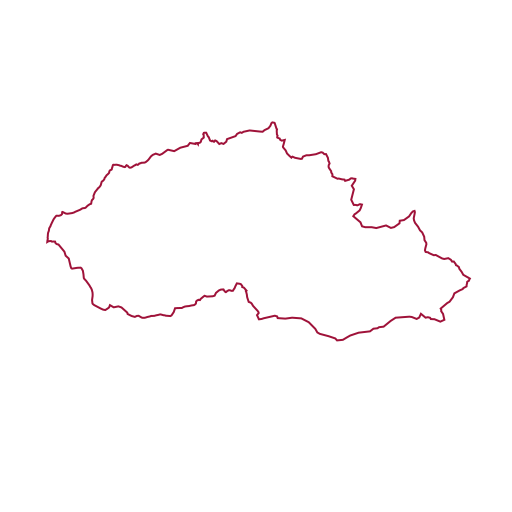 Almasu Mare, Alba, Romania (Equal Earth projection), rotated 149°
{"feature_id": "2599482B35416338198834", "entity_name": "Almasu Mare", "entity_type": "district", "adm_level": 2, "iso_a3": "ROU", "parent_name": "Romania", "parent_adm1": "Alba", "projection": "equal_earth", "projection_center": [23.16, 46.088], "detail": "fine", "context": "isolated", "style": "outline", "palette": "rose", "viewbox_px": 512, "rotation_deg": 149, "n_neighbors": 0, "source": "geoboundaries", "source_scale": "gbopen_adm2", "svg_char_len": 6138}
<svg xmlns="http://www.w3.org/2000/svg" viewBox="0 0 512 512"><g transform="rotate(149 256 256)"><path d="M168.1,131.2L155.8,125.0L153.9,123.5L150.7,119.3L147.8,119.2L144.4,121.5L142.4,115.8L140.2,115.0L138.6,113.4L138.6,111.9L135.6,109.9L131.8,104.8L127.4,104.3L125.5,110.0L125.7,113.3L124.9,114.5L124.8,115.8L116.2,117.2L113.7,117.1L108.5,119.2L105.2,121.8L99.0,121.6L95.9,121.2L94.8,121.7L91.2,121.5L90.2,122.9L89.1,123.9L88.4,125.0L87.6,125.2L86.3,125.1L85.2,126.0L84.3,126.5L88.0,133.1L87.9,136.5L88.3,140.3L87.8,142.0L88.7,144.4L89.3,145.1L89.0,146.4L89.3,149.4L90.8,150.2L90.9,152.4L92.3,155.1L96.2,156.5L97.7,158.0L101.4,164.3L103.2,165.1L106.2,169.4L106.5,170.4L108.5,172.1L108.3,173.8L106.8,175.5L103.9,178.3L103.3,179.6L103.4,182.8L101.9,185.9L101.4,190.6L102.2,193.5L102.0,197.6L102.6,202.5L102.2,205.1L101.4,207.1L98.3,210.5L97.2,211.8L96.9,213.0L98.6,213.4L100.8,212.8L104.4,211.1L110.7,210.6L114.6,212.2L116.2,210.1L122.7,209.6L125.9,210.6L128.8,215.2L138.5,218.0L142.0,221.1L147.5,224.4L149.8,226.8L149.1,231.1L152.1,240.0L150.0,241.0L148.5,241.0L143.7,241.7L141.4,243.2L138.7,245.5L140.2,246.9L142.1,247.1L143.2,247.3L144.0,248.3L145.9,249.4L145.4,255.2L137.7,262.8L137.7,266.9L132.2,269.5L131.1,270.9L133.1,272.5L133.7,273.2L134.9,273.7L136.7,273.4L140.9,274.5L140.8,275.9L142.8,277.4L145.2,279.8L146.3,280.2L149.5,285.0L149.1,285.5L148.4,286.8L148.5,288.8L147.9,290.0L148.1,293.7L147.9,295.0L146.9,296.4L145.3,297.4L144.9,299.4L145.0,300.2L143.8,303.1L143.5,307.3L145.0,308.1L145.6,310.3L146.7,311.4L152.2,312.4L158.4,314.9L161.0,316.4L164.5,317.0L166.6,315.7L167.7,316.2L172.0,320.1L173.6,322.4L174.2,322.4L175.0,322.1L175.8,324.7L176.6,327.9L176.2,331.2L176.8,335.2L176.6,335.9L174.4,337.9L171.6,340.7L174.5,341.6L175.4,343.1L175.2,344.5L176.7,346.4L176.7,346.9L175.5,348.1L175.5,349.3L173.8,352.6L172.7,353.8L172.9,354.4L171.5,360.4L171.7,360.8L173.2,362.1L174.4,361.9L176.6,360.2L179.5,359.1L183.9,359.5L186.3,359.1L188.2,360.4L196.8,366.9L202.7,368.9L204.8,368.9L205.9,370.2L209.3,370.4L211.8,369.3L220.6,371.1L222.6,369.3L226.1,368.8L227.6,370.6L229.8,370.9L230.6,374.8L231.5,376.1L233.1,375.5L233.5,375.9L233.8,377.1L234.8,377.1L235.3,377.8L235.9,378.7L235.3,382.3L235.6,383.2L235.2,387.3L236.4,388.1L237.3,388.4L238.5,387.6L238.4,386.9L239.8,384.4L242.7,384.0L244.5,382.3L245.9,382.0L247.5,382.7L248.2,381.7L248.4,383.2L249.7,383.8L250.2,383.2L254.4,386.9L257.1,385.9L257.7,385.6L265.1,387.8L272.1,388.0L276.7,392.4L277.6,392.5L283.8,391.9L286.5,392.2L289.2,395.4L290.2,395.5L291.9,395.8L292.7,395.8L294.7,395.5L298.4,394.0L299.9,393.6L300.7,393.5L302.1,393.3L303.3,393.4L304.5,394.0L305.9,394.8L306.7,395.0L307.1,394.9L308.0,395.3L308.5,395.4L308.9,395.2L310.4,395.0L310.7,395.3L311.3,396.1L312.1,396.2L312.6,396.0L313.2,396.2L314.4,396.2L316.1,396.1L317.1,396.1L318.2,396.4L318.7,396.7L319.0,397.1L319.3,398.1L319.5,399.4L320.2,400.5L321.0,400.3L322.1,399.7L322.7,399.8L323.0,400.0L324.3,401.5L325.0,402.6L326.0,403.4L326.5,404.2L328.4,406.0L329.5,406.6L330.2,406.9L331.1,407.6L331.5,407.7L331.8,407.6L332.3,407.2L333.4,406.1L334.2,405.5L335.1,404.5L335.5,404.4L336.5,404.6L337.0,404.6L337.4,404.5L338.2,404.0L339.0,403.0L339.5,402.8L341.0,402.4L342.4,402.2L343.7,401.6L344.2,401.3L345.3,401.0L345.6,400.8L346.3,400.1L346.8,399.8L348.2,399.3L349.7,399.2L350.2,399.0L350.4,398.8L351.2,398.0L352.7,396.6L353.3,396.3L355.1,395.6L356.8,395.4L356.9,395.2L360.6,393.9L361.4,393.5L364.2,391.4L364.5,391.0L365.0,389.9L365.3,389.4L365.6,389.2L366.2,388.8L367.8,388.4L368.7,387.7L370.4,385.7L371.8,386.0L373.9,385.9L375.6,385.6L376.9,385.2L377.7,385.2L378.8,385.6L379.1,385.8L379.8,386.1L380.8,386.3L382.5,386.2L383.5,386.3L388.2,387.0L389.2,387.0L389.9,387.1L391.5,387.5L394.4,388.7L395.6,389.2L396.5,389.8L396.9,390.1L397.3,390.5L398.9,393.1L399.3,393.5L399.6,393.4L400.2,392.3L400.8,391.8L402.1,391.5L402.9,391.6L404.3,392.0L406.3,393.3L406.9,393.2L408.8,392.5L410.6,391.7L414.0,389.5L416.2,388.0L416.7,387.5L418.9,386.3L419.4,385.8L419.8,385.2L420.7,384.2L422.1,383.1L422.9,382.2L424.7,379.6L425.0,379.3L425.3,378.7L425.5,378.1L425.9,377.6L426.7,376.8L427.7,375.5L426.1,375.5L424.0,374.4L423.5,373.4L421.9,372.6L420.8,371.8L421.1,371.0L421.2,370.5L421.0,369.8L420.8,369.1L420.2,368.3L419.4,367.6L418.0,358.4L419.0,354.3L417.8,350.3L420.3,342.5L420.6,340.7L420.2,339.9L415.2,337.9L412.3,336.3L411.9,335.3L412.0,332.5L413.3,329.2L414.9,325.9L415.0,325.1L414.4,322.2L414.0,317.7L413.9,316.4L414.0,315.1L413.9,313.5L414.1,311.7L414.9,309.0L415.7,307.4L416.7,305.8L419.2,302.7L420.6,299.6L420.6,299.0L420.0,297.3L416.2,291.0L414.7,288.8L413.0,287.3L409.9,287.4L408.4,287.6L406.5,289.1L404.4,285.3L399.9,283.7L397.8,281.2L395.5,273.8L395.9,272.4L393.5,268.6L391.2,266.2L389.0,266.0L387.4,265.2L385.7,262.1L385.0,261.4L383.5,260.5L382.4,260.1L380.6,259.7L378.2,258.9L376.7,258.6L374.1,257.1L371.9,256.5L370.3,255.9L368.2,255.3L367.6,254.8L365.7,252.8L364.7,252.1L364.2,251.4L360.3,248.6L359.0,248.6L355.4,250.3L352.3,252.9L349.9,251.7L346.5,249.7L345.9,249.6L344.9,249.6L343.0,249.3L341.5,248.7L339.2,247.6L336.7,246.8L334.6,245.9L334.0,245.8L332.5,246.0L331.7,246.5L330.9,247.7L330.4,248.0L329.3,248.2L327.9,248.1L327.6,247.6L327.3,247.6L326.7,247.1L325.6,247.7L322.4,248.2L320.6,248.4L319.0,246.5L313.9,243.8L311.9,243.3L309.3,245.0L305.5,245.6L303.4,245.3L301.4,244.3L301.4,244.0L301.1,243.9L301.1,242.6L300.8,241.1L300.7,240.7L300.4,240.5L298.5,240.8L296.7,240.6L295.9,239.9L295.5,239.5L295.2,239.0L294.7,238.6L293.7,238.1L291.8,239.1L291.3,239.2L289.1,240.8L286.5,242.4L284.3,240.6L283.5,239.7L283.2,237.5L283.8,236.5L282.8,235.3L282.6,234.8L282.0,231.2L282.8,231.1L282.9,230.3L283.7,227.7L284.6,225.7L284.9,224.8L285.9,220.4L284.6,218.8L284.2,217.5L284.2,214.7L282.9,208.3L282.8,206.5L283.1,205.7L285.6,204.8L285.9,201.7L286.1,200.6L286.1,200.2L283.5,199.1L281.6,198.7L270.6,195.1L269.0,193.3L269.4,191.6L263.1,187.2L256.8,184.5L249.3,179.2L244.9,172.1L242.7,163.0L242.8,158.9L241.4,156.4L235.1,149.9L230.5,144.5L230.0,141.9L224.7,139.4L220.1,139.4L216.2,139.3L207.5,137.4L197.1,132.7L192.8,133.2L189.1,131.5L187.2,131.6L183.0,129.7L174.0,131.0L168.1,131.2Z" fill="none" stroke="#9f1239" stroke-width="2"/></g></svg>